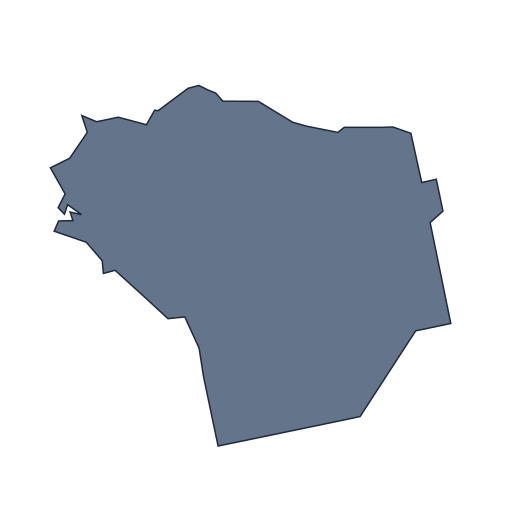 Ouachita, Louisiana, United States of America, rotated 258°
{"feature_id": "52423323B30990812518613", "entity_name": "Ouachita", "entity_type": "district", "adm_level": 2, "iso_a3": "USA", "parent_name": "United States of America", "parent_adm1": "Louisiana", "projection": "orthographic", "projection_center": [-92.094, 32.491], "detail": "fine", "context": "isolated", "style": "filled", "palette": "slate", "viewbox_px": 512, "rotation_deg": 258, "n_neighbors": 0, "source": "geoboundaries", "source_scale": "gbopen_adm2", "svg_char_len": 790}
<svg xmlns="http://www.w3.org/2000/svg" viewBox="0 0 512 512"><g transform="rotate(258 256 256)"><path d="M149.5,432.5L252.5,433.3L261.0,448.2L293.6,448.3L293.4,433.4L343.8,433.0L353.8,416.6L355.5,406.7L363.5,369.1L359.9,361.7L372.3,332.9L379.2,319.7L406.8,290.4L414.3,255.8L423.8,250.4L428.5,243.4L434.7,235.6L434.2,224.5L418.5,190.4L419.7,187.2L407.2,176.1L420.4,150.1L420.5,128.0L429.6,114.8L412.0,116.7L390.4,94.1L385.0,73.2L356.4,82.2L344.4,72.5L336.7,77.3L345.4,82.4L332.7,94.0L337.7,83.3L328.7,84.3L331.3,70.2L322.2,63.7L304.7,92.9L283.3,104.6L270.7,103.1L271.3,115.2L239.5,138.1L213.0,156.9L211.2,173.7L177.6,181.2L149.3,179.6L78.0,179.4L78.0,185.5L77.6,251.8L77.5,271.7L77.3,324.4L142.3,389.3L149.6,396.7L149.5,432.5Z" fill="#64748b" stroke="#1e293b" stroke-width="1.5"/></g></svg>